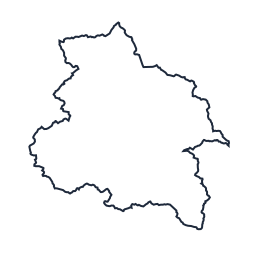 the district of Castrovirreyna, Huancavelica, Peru, rotated 266°
{"feature_id": "86281439B87306376910485", "entity_name": "Castrovirreyna", "entity_type": "district", "adm_level": 2, "iso_a3": "PER", "parent_name": "Peru", "parent_adm1": "Huancavelica", "projection": "orthographic", "projection_center": [-75.406, -13.15], "detail": "fine", "context": "isolated", "style": "outline", "palette": "slate", "viewbox_px": 256, "rotation_deg": 266, "n_neighbors": 0, "source": "geoboundaries", "source_scale": "gbopen_adm2", "svg_char_len": 5760}
<svg xmlns="http://www.w3.org/2000/svg" viewBox="0 0 256 256"><g transform="rotate(266 128 128)"><path d="M233.9,125.7L232.4,123.4L231.9,123.2L230.7,121.1L229.4,120.6L227.1,118.4L223.6,116.3L221.2,111.9L221.7,110.5L222.3,110.2L223.1,108.9L222.1,106.1L222.5,104.4L222.0,102.9L220.9,101.7L220.7,100.9L220.8,100.1L221.3,99.2L221.1,98.3L221.9,97.2L221.4,94.4L223.3,93.4L223.6,92.5L222.8,90.4L223.4,88.6L222.2,85.0L222.6,83.8L222.7,81.9L221.2,79.5L222.1,78.2L221.5,77.2L221.4,75.9L221.8,74.3L221.6,72.2L220.6,70.4L218.5,70.0L218.2,69.5L218.7,67.8L219.9,65.7L218.5,65.6L217.1,65.9L216.4,65.4L215.8,65.5L213.7,66.7L211.5,67.0L210.6,68.1L209.4,68.8L207.5,69.5L204.6,69.3L202.0,70.9L200.5,70.6L200.0,70.1L198.2,70.2L197.0,71.5L197.0,73.1L196.5,74.3L195.0,75.8L193.4,76.7L192.5,77.6L192.5,78.9L193.6,80.0L193.4,81.3L193.1,81.7L190.4,82.7L189.2,80.4L186.5,76.7L186.4,76.0L184.6,76.9L183.6,75.2L182.1,74.2L181.5,74.2L181.3,72.3L179.9,70.4L179.5,68.6L179.0,67.9L177.5,66.9L176.8,67.6L176.5,67.6L175.9,66.5L176.1,65.4L175.8,65.1L173.2,62.6L172.1,62.1L171.2,60.8L170.5,60.4L169.8,58.3L168.5,57.9L167.6,56.7L166.6,56.1L165.1,57.3L163.2,57.9L162.9,59.4L162.3,60.8L162.5,61.6L161.4,61.7L160.4,63.0L159.6,65.4L158.6,66.2L157.1,66.5L155.7,65.8L155.1,65.3L154.7,64.0L152.0,62.6L151.4,64.5L149.6,64.5L149.2,64.9L148.0,69.9L145.8,69.8L144.7,70.8L144.6,71.2L144.1,71.3L143.0,70.5L139.5,69.2L141.3,67.2L141.7,66.4L141.7,65.9L141.0,64.2L139.6,63.4L139.0,60.6L137.7,58.5L140.0,56.4L140.0,56.1L138.7,55.2L138.7,54.3L138.4,53.6L135.5,52.1L133.4,48.5L132.7,46.4L132.8,44.3L135.2,41.9L133.9,40.8L132.9,38.3L130.2,36.8L129.7,35.9L128.1,34.5L125.7,32.9L124.9,32.8L123.1,34.2L120.9,34.2L119.1,32.8L117.3,29.0L116.2,28.3L111.8,28.9L110.2,29.4L109.3,28.9L108.6,29.2L108.0,30.1L107.2,32.1L107.2,34.3L104.0,34.4L103.3,34.0L102.9,33.0L100.0,33.9L99.4,33.6L98.3,32.1L96.8,31.9L96.3,33.4L96.1,36.7L94.1,40.8L93.2,40.8L91.6,39.4L90.6,40.8L89.8,41.2L88.7,40.9L87.4,39.5L86.3,39.7L86.0,40.0L86.2,40.7L85.9,42.9L85.1,43.8L84.8,45.0L83.7,46.4L79.5,48.7L77.9,48.9L77.2,49.6L76.1,50.2L74.9,50.0L72.8,50.8L72.9,51.4L72.7,52.9L70.6,58.9L68.7,60.9L68.2,62.5L68.1,64.0L66.9,65.1L66.7,65.7L67.2,66.4L67.5,67.4L68.9,69.0L68.8,70.9L69.8,71.9L71.3,72.7L71.5,73.4L71.4,73.8L70.2,74.7L71.3,75.2L71.9,76.1L72.5,77.6L72.4,78.8L73.7,79.8L74.9,81.6L75.4,82.9L75.2,83.8L74.3,84.8L73.4,87.4L73.9,88.9L73.5,89.9L73.0,90.6L71.2,91.6L70.7,93.4L68.8,93.5L68.5,94.4L66.0,96.3L65.9,97.4L66.3,98.8L68.6,102.2L68.7,103.3L66.5,104.8L65.7,104.7L62.5,106.8L60.6,105.4L59.4,105.1L56.0,102.6L55.9,102.0L56.6,100.2L56.4,99.5L55.0,98.9L53.7,99.6L52.1,101.1L51.4,103.6L51.3,104.5L51.8,105.9L51.6,108.0L51.0,108.5L48.8,109.5L48.9,111.3L47.8,112.6L47.5,114.3L45.4,117.3L45.6,117.9L46.6,118.3L47.1,119.0L48.1,123.3L48.6,124.1L48.6,125.1L48.2,126.0L50.4,125.8L51.8,127.0L51.1,129.0L51.7,130.2L50.2,132.1L50.2,132.8L50.6,133.5L49.3,135.6L48.7,137.9L50.7,140.7L51.4,142.3L52.4,143.1L53.2,145.0L53.0,145.3L52.2,145.5L51.1,146.2L49.7,148.3L50.1,150.2L50.2,152.1L48.9,153.5L49.2,155.0L49.1,157.9L49.4,158.9L49.0,160.2L49.3,162.2L48.6,164.6L42.3,170.5L40.6,170.4L40.2,171.0L39.0,171.4L37.3,170.8L36.3,170.1L35.1,171.2L34.7,172.3L34.3,172.8L30.6,174.7L29.9,175.9L28.4,176.5L27.1,178.8L26.3,181.1L25.8,184.2L24.7,187.0L24.3,189.0L23.9,189.5L22.5,190.1L22.1,191.3L22.1,193.5L22.8,194.5L23.9,195.0L26.9,195.4L27.4,195.9L28.9,196.0L30.0,196.7L31.2,197.1L32.6,196.9L33.3,197.5L34.2,197.9L35.3,197.8L36.0,198.0L36.9,197.7L37.6,197.0L38.2,195.9L38.8,195.5L39.9,195.7L41.3,197.0L44.2,197.8L45.5,197.6L46.2,198.5L47.2,198.6L47.9,200.0L48.3,200.2L49.5,200.0L50.1,201.7L51.5,203.7L53.1,204.8L54.8,203.8L55.1,203.0L56.2,202.2L58.4,202.4L59.2,202.3L60.1,201.5L62.2,201.6L63.0,201.4L64.7,199.8L65.1,199.0L66.6,198.7L67.5,197.2L68.3,198.2L70.2,198.1L71.4,198.8L72.3,198.7L72.7,196.6L74.1,195.4L75.4,192.8L76.4,191.6L77.7,192.2L78.3,193.3L80.0,194.9L81.5,195.1L83.3,194.9L87.0,195.0L87.5,195.5L88.9,195.9L90.3,195.3L92.1,195.5L92.5,195.2L92.6,194.3L93.9,191.4L95.6,192.0L96.2,191.9L97.7,190.5L99.0,188.1L100.6,186.8L101.2,185.2L101.1,181.7L101.9,182.4L102.4,184.0L102.9,185.7L102.9,187.1L104.0,188.3L102.0,191.3L104.4,193.5L104.9,195.5L105.4,196.4L105.5,197.8L105.9,198.6L108.1,201.0L109.3,201.4L110.8,202.9L110.7,203.5L110.0,204.3L109.6,205.4L109.6,207.7L109.1,208.2L109.2,209.1L108.8,211.0L109.8,213.9L109.3,214.9L109.8,215.5L109.7,216.5L108.1,217.6L108.1,218.8L106.8,220.1L106.6,221.1L106.0,222.0L105.9,223.1L106.2,224.5L105.1,226.0L104.4,226.0L103.3,227.1L104.7,227.1L106.0,227.7L107.8,227.5L108.8,225.5L112.7,221.8L114.5,221.9L115.9,220.8L117.5,220.2L118.6,219.5L118.9,218.0L118.8,216.1L119.2,214.8L118.8,212.7L119.9,212.8L121.4,212.3L123.8,212.6L125.7,212.0L126.8,212.1L128.1,211.3L130.0,210.8L131.6,209.1L133.2,208.7L134.4,208.6L136.8,209.3L139.7,208.1L140.9,208.0L142.9,210.6L145.9,210.2L147.7,209.1L149.2,209.0L150.9,207.5L151.6,204.8L151.1,202.9L151.4,202.5L152.8,201.9L153.5,199.6L155.2,197.5L155.0,195.5L155.3,194.8L157.1,195.0L158.9,194.8L161.4,195.7L163.5,197.1L164.2,198.6L164.7,198.9L165.3,198.6L165.9,197.9L168.1,196.9L168.9,197.1L169.6,196.8L170.9,194.7L170.8,194.1L170.2,193.4L170.3,192.9L171.9,190.6L172.5,188.9L173.7,188.2L174.8,188.1L174.9,187.3L174.6,186.4L175.2,184.6L176.7,182.6L177.9,179.8L177.8,179.2L176.6,177.8L176.4,177.2L177.7,173.6L178.2,171.0L180.7,169.3L183.2,166.2L183.8,165.0L186.0,164.0L186.0,162.7L188.7,161.0L187.9,159.4L187.3,157.1L187.7,147.7L189.8,146.9L200.1,144.2L200.9,142.1L200.9,140.3L201.6,139.5L202.4,139.4L203.7,140.0L204.7,141.5L206.6,141.7L211.1,140.2L215.4,138.1L216.3,138.5L217.0,138.0L217.9,138.0L218.4,137.7L218.9,135.7L220.5,133.3L221.2,132.7L223.5,131.4L225.4,131.8L226.3,131.3L228.0,129.5L228.5,128.3L230.0,126.9L231.9,126.4L233.3,126.5L233.9,125.7Z" fill="none" stroke="#1e293b" stroke-width="2"/></g></svg>